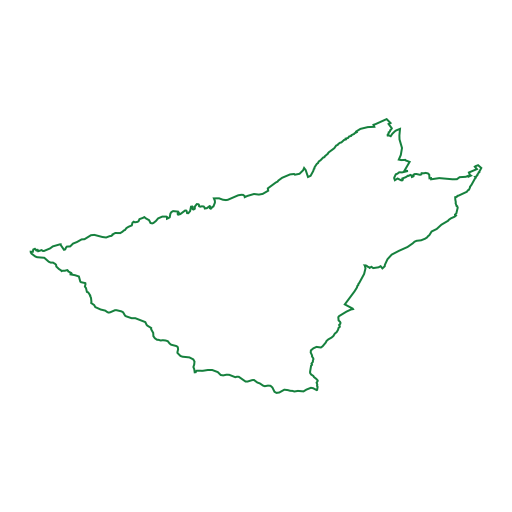 Plopis, Salaj, Romania (Robinson projection)
{"feature_id": "2599482B94212373707820", "entity_name": "Plopis", "entity_type": "district", "adm_level": 2, "iso_a3": "ROU", "parent_name": "Romania", "parent_adm1": "Salaj", "projection": "robinson", "projection_center": [22.647, 47.107], "detail": "fine", "context": "isolated", "style": "outline", "palette": "green", "viewbox_px": 512, "rotation_deg": 0, "n_neighbors": 0, "source": "geoboundaries", "source_scale": "gbopen_adm2", "svg_char_len": 6059}
<svg xmlns="http://www.w3.org/2000/svg" viewBox="0 0 512 512"><path d="M316.7,390.1L317.1,389.9L317.6,386.9L317.0,385.9L317.3,384.8L316.6,382.6L317.6,381.2L317.7,380.5L316.3,378.9L314.0,377.1L313.3,375.9L311.1,374.5L310.1,372.9L310.1,371.6L311.1,365.7L312.0,364.8L311.5,363.6L312.9,361.8L312.9,360.5L313.4,359.2L313.3,358.4L312.0,356.4L312.1,355.5L310.7,352.5L310.9,350.4L313.4,348.3L316.5,346.9L320.9,347.5L322.6,346.3L325.8,342.5L326.5,341.0L328.3,339.4L331.5,337.6L333.4,336.0L334.8,333.6L336.6,332.2L338.1,329.7L338.5,328.0L339.8,326.8L339.7,326.0L339.1,325.0L340.2,323.9L340.5,322.9L340.1,321.9L338.6,320.4L338.3,317.2L339.1,316.1L346.5,311.6L351.0,309.5L353.0,309.1L352.7,308.6L344.8,304.4L354.5,291.4L357.0,287.4L357.3,286.0L358.3,285.0L358.3,284.1L359.2,283.0L364.1,274.0L365.5,268.3L365.0,266.5L365.2,266.1L364.7,265.4L365.7,265.4L366.8,265.9L367.6,266.7L368.9,267.1L369.6,267.9L371.4,266.8L373.2,268.1L378.6,267.3L380.6,266.2L382.4,268.4L384.7,266.3L384.9,264.8L387.5,259.2L391.7,254.6L399.0,250.8L407.5,247.0L412.8,243.3L414.5,241.7L416.6,240.8L421.1,240.3L425.1,238.7L427.1,237.4L427.9,236.3L429.3,235.2L431.6,231.5L436.7,229.0L441.4,224.7L448.2,220.7L448.7,219.9L451.0,218.3L454.6,216.7L455.8,215.7L455.1,215.3L455.0,214.6L456.3,213.5L457.7,207.7L457.2,206.2L456.6,206.1L455.6,203.1L455.8,202.2L455.3,199.6L455.2,197.2L456.7,196.9L457.5,195.8L458.2,195.8L466.8,191.8L467.9,190.3L469.0,189.7L470.0,187.4L470.0,186.8L471.5,184.8L475.1,178.3L475.8,177.7L475.8,177.4L475.2,176.8L476.2,176.5L477.4,175.2L477.3,174.6L478.3,173.5L478.7,172.3L479.4,172.1L479.4,171.5L481.3,168.0L478.1,165.2L475.5,166.2L474.8,166.7L476.9,169.1L468.9,172.5L469.9,174.9L470.9,175.6L468.4,176.7L468.0,175.9L465.8,176.8L459.6,177.2L456.9,179.2L452.7,179.3L439.3,178.1L431.1,179.3L431.0,178.1L429.5,178.3L429.2,174.6L427.9,173.4L425.5,172.9L423.9,173.3L421.6,173.2L421.3,174.4L420.0,174.8L416.4,174.0L414.6,174.1L413.5,174.7L413.2,175.6L413.6,176.0L413.3,176.4L411.9,177.0L411.4,175.4L410.4,174.9L408.5,175.9L408.0,175.7L405.7,177.2L402.3,178.5L402.3,178.9L402.8,179.7L402.4,180.3L401.3,180.4L397.6,178.5L394.9,180.2L394.2,178.3L394.2,177.7L395.8,174.3L397.4,173.7L399.2,172.3L402.1,172.4L407.9,171.0L404.5,170.6L409.6,161.9L405.6,160.4L405.3,159.9L401.3,160.1L398.8,159.6L400.8,155.0L402.0,148.0L399.5,139.4L399.4,135.4L400.0,128.9L396.2,130.4L394.9,131.3L392.3,133.8L390.7,136.2L389.1,135.5L387.7,135.5L387.6,134.9L388.7,133.2L388.7,132.3L389.4,132.0L390.0,131.2L390.2,130.2L391.1,129.5L391.8,128.3L388.6,124.0L390.5,123.0L386.6,119.1L375.4,124.2L373.5,124.8L374.3,126.8L367.8,127.1L360.4,128.9L356.2,131.5L356.7,132.2L354.5,133.3L354.2,133.9L351.5,135.1L351.2,135.9L349.1,136.5L348.0,138.0L345.7,138.6L345.9,139.4L344.0,140.0L341.4,142.4L339.9,142.8L338.2,144.1L337.8,144.8L336.1,145.6L334.3,148.2L329.3,151.9L328.2,152.9L328.0,153.6L324.8,156.3L324.4,157.2L323.2,157.5L320.4,160.4L319.2,161.1L318.2,162.4L318.1,163.0L316.8,163.9L314.5,167.4L314.4,168.6L313.8,169.1L313.3,170.9L310.6,175.8L308.0,177.0L305.7,170.1L304.1,168.0L303.1,170.3L299.5,173.8L294.9,174.7L294.1,174.0L290.1,174.4L282.1,177.8L278.3,180.6L277.6,181.6L275.8,182.5L267.8,188.4L268.2,190.7L262.7,193.9L258.9,194.6L254.0,194.0L247.5,195.9L244.8,197.1L244.7,196.1L243.1,194.9L241.2,194.8L238.2,195.3L227.8,199.8L225.9,200.1L222.8,199.7L219.0,198.3L213.9,198.4L214.9,200.9L214.9,202.7L213.4,206.5L212.7,206.8L210.8,208.7L210.0,208.3L210.4,207.3L210.2,206.4L209.6,206.1L206.8,208.2L204.8,208.5L204.6,207.6L203.7,206.5L201.9,206.3L200.2,206.7L199.1,206.2L199.1,205.2L198.5,204.3L196.8,204.1L194.8,206.6L194.8,208.7L193.6,209.5L192.9,209.3L192.5,208.9L192.7,207.0L192.3,206.5L191.0,206.7L190.1,211.1L188.3,213.2L187.1,213.1L186.6,211.0L186.1,210.5L185.1,210.5L180.3,214.1L178.2,214.7L177.8,214.4L177.7,213.4L178.8,212.7L178.1,211.6L173.1,211.1L171.5,212.0L170.9,212.8L170.4,213.6L169.7,217.3L168.4,218.1L167.0,218.7L167.0,217.0L166.3,216.6L162.3,216.6L158.1,218.4L155.9,221.0L153.4,223.0L152.2,223.4L150.5,223.0L149.1,220.2L145.9,218.4L144.3,217.1L142.9,217.9L139.5,219.1L138.5,221.3L137.4,221.9L134.9,222.3L133.7,221.7L132.5,222.7L131.8,225.4L128.5,226.8L126.4,228.1L125.0,230.0L123.8,230.5L122.5,231.7L120.2,233.1L115.3,233.0L112.4,234.5L112.4,235.2L111.1,236.0L109.8,236.1L106.1,237.5L102.4,237.0L94.4,234.9L91.0,235.2L84.5,239.2L81.6,239.4L77.0,242.0L73.0,243.6L70.2,246.4L66.9,246.6L66.1,247.4L65.2,249.4L64.0,249.8L60.7,245.0L60.7,244.3L60.1,244.3L52.8,246.4L50.1,248.4L43.9,251.0L42.7,250.9L41.6,250.1L38.2,251.2L37.8,250.2L37.2,250.5L36.9,249.9L36.2,250.3L34.9,248.8L33.3,249.5L32.8,251.8L30.7,251.7L30.8,252.5L31.5,253.6L35.3,256.5L37.1,257.2L44.3,257.8L48.7,261.7L50.7,262.6L53.0,262.6L55.3,264.0L56.1,264.9L56.3,266.5L58.9,269.0L61.2,270.5L61.6,271.1L62.3,270.8L65.0,270.7L67.3,270.1L68.0,270.7L68.2,271.4L71.3,273.0L71.5,273.4L70.5,273.9L70.5,274.4L75.0,275.2L78.9,276.5L80.3,281.6L81.0,282.2L85.3,283.1L85.5,284.1L84.9,286.6L86.0,288.1L86.9,291.9L88.2,292.4L90.2,295.4L90.0,295.7L91.0,297.9L91.4,301.5L91.2,303.0L94.2,305.1L95.3,307.1L100.6,309.5L105.2,310.6L107.5,312.2L108.7,312.6L110.2,312.3L115.0,310.2L116.5,310.2L121.5,311.4L123.1,312.3L125.1,315.7L126.1,316.3L131.6,318.2L135.3,318.2L145.3,322.1L146.6,324.8L147.3,325.6L151.2,328.0L151.1,329.0L151.4,329.7L153.2,332.9L153.4,336.2L154.9,338.3L157.1,339.8L158.4,339.8L160.7,340.5L162.8,340.2L165.6,340.5L167.8,341.2L169.6,343.5L171.1,344.7L176.2,346.0L177.4,346.7L177.8,347.3L178.1,349.3L177.4,352.3L177.5,353.0L180.5,356.0L182.5,356.7L189.4,357.4L193.3,359.4L194.5,361.6L194.2,364.5L193.4,367.0L194.3,369.4L194.7,372.3L195.7,372.2L196.1,371.2L196.8,370.7L202.8,370.8L207.8,370.0L212.2,370.0L217.8,372.1L220.7,375.0L223.2,375.4L226.5,374.7L229.2,374.8L235.3,377.2L237.0,376.7L238.8,376.8L245.5,381.5L247.7,381.5L252.2,380.1L254.0,380.0L257.3,382.5L259.8,383.4L263.2,385.7L264.8,386.2L268.0,385.6L270.5,385.8L272.4,387.5L274.5,391.8L276.5,392.9L279.3,392.5L284.3,389.7L287.8,390.1L290.2,390.8L292.4,390.9L294.4,391.5L297.9,390.9L303.5,391.4L306.4,389.6L310.9,387.8L313.1,388.2L316.7,390.1Z" fill="none" stroke="#15803d" stroke-width="2"/></svg>